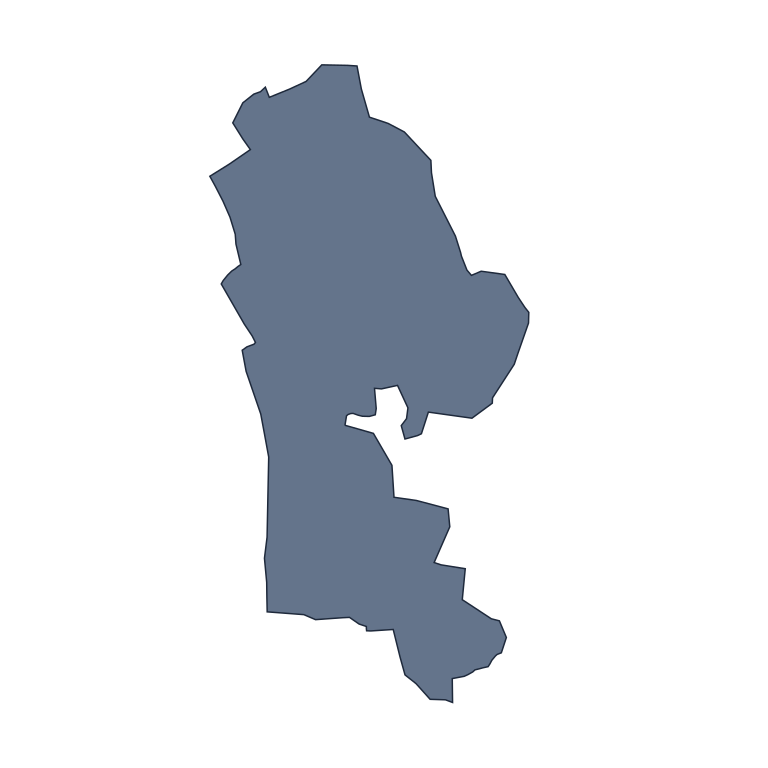 the district of Kazaure, Jigawa, Nigeria, rotated 84°
{"feature_id": "59680162B26576505992161", "entity_name": "Kazaure", "entity_type": "district", "adm_level": 2, "iso_a3": "NGA", "parent_name": "Nigeria", "parent_adm1": "Jigawa", "projection": "albers", "projection_center": [8.533, 12.668], "detail": "fine", "context": "isolated", "style": "filled", "palette": "slate", "viewbox_px": 768, "rotation_deg": 84, "n_neighbors": 0, "source": "geoboundaries", "source_scale": "gbopen_adm2", "svg_char_len": 1706}
<svg xmlns="http://www.w3.org/2000/svg" viewBox="0 0 768 768"><g transform="rotate(84 384 384)"><path d="M60.1,412.5L74.9,429.8L80.8,447.0L86.9,468.1L76.4,471.0L80.4,476.3L82.1,483.2L89.6,495.0L108.5,507.1L125.7,498.7L136.9,492.4L149.1,514.8L159.2,535.5L169.7,531.1L185.4,525.0L202.1,519.7L219.5,516.3L229.4,516.6L250.2,513.9L251.9,517.0L253.9,520.0L255.8,523.7L259.3,528.1L264.3,533.1L267.5,535.4L310.0,516.6L322.4,510.1L329.2,507.5L330.8,509.1L332.7,516.4L335.6,521.5L357.0,519.8L401.0,509.7L421.1,508.1L444.6,506.3L524.1,516.3L544.8,521.1L569.0,521.4L583.1,522.7L598.4,524.0L605.0,487.8L611.2,476.7L612.1,449.7L612.5,442.7L620.1,433.9L623.3,426.9L625.5,427.1L627.6,427.1L628.2,423.1L629.1,400.5L657.1,396.6L675.5,393.5L685.4,383.4L702.4,371.1L704.5,355.9L707.9,349.1L684.1,346.9L683.1,334.8L681.8,330.9L679.6,325.8L677.8,323.4L677.2,319.0L676.6,315.4L676.0,310.0L673.4,307.9L670.0,305.6L666.1,301.6L664.8,299.8L663.6,295.4L648.9,288.8L631.6,294.0L628.7,301.8L606.7,328.7L576.2,322.5L569.8,346.2L566.8,352.8L532.9,333.5L514.9,333.3L503.2,364.0L497.7,385.9L465.7,384.6L432.0,399.7L420.9,427.3L420.9,427.1L411.7,424.6L410.6,423.0L409.9,420.2L410.0,417.8L412.3,413.0L413.8,408.9L414.7,402.0L413.7,395.9L407.6,394.3L387.3,393.9L388.6,387.0L386.8,370.7L410.2,362.7L420.8,365.2L427.2,371.2L440.9,368.9L438.8,356.0L437.4,352.0L416.6,342.8L427.2,300.1L414.4,278.3L409.1,277.5L378.0,252.4L367.5,247.6L338.5,233.9L327.9,232.5L322.7,235.8L312.0,241.4L287.7,252.4L282.0,275.6L285.1,285.7L279.4,289.6L265.0,293.6L261.1,294.1L244.4,297.5L202.7,313.4L178.9,314.7L166.5,314.0L135.5,337.4L125.3,352.6L117.1,370.6L88.2,375.7L64.9,377.6L63.3,386.9L60.1,412.5Z" fill="#64748b" stroke="#1e293b" stroke-width="1.5"/></g></svg>